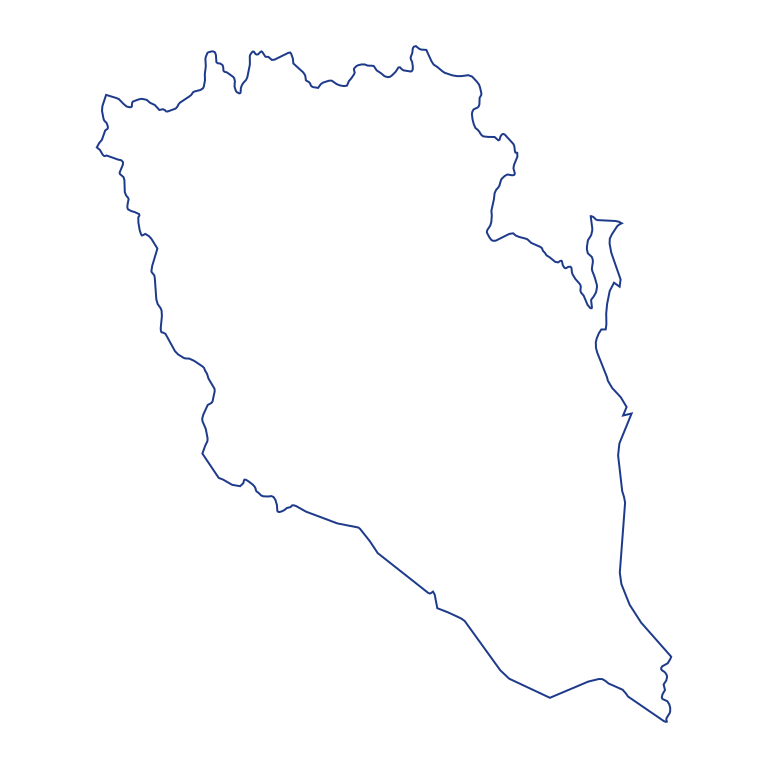 Pahang, Natural Earth projection
{"feature_id": "MYS-1147", "entity_name": "Pahang", "entity_type": "State", "adm_level": 1, "iso_a3": "MYS", "parent_name": "Malaysia", "parent_adm1": "", "projection": "natural_earth1", "projection_center": [102.483, 3.614], "detail": "fine", "context": "isolated", "style": "outline", "palette": "blue", "viewbox_px": 768, "rotation_deg": 0, "n_neighbors": 0, "source": "natural_earth", "source_scale": "10m", "svg_char_len": 5980}
<svg xmlns="http://www.w3.org/2000/svg" viewBox="0 0 768 768"><path d="M621.7,223.3L619.2,224.5L617.2,226.2L612.0,234.1L609.8,238.6L609.6,243.7L611.3,252.8L620.6,279.5L619.6,286.7L614.0,282.7L609.7,291.0L607.1,304.0L606.2,313.5L606.4,324.2L605.7,329.4L601.3,329.5L598.9,333.2L596.8,338.2L595.8,342.2L596.0,348.0L597.3,352.8L607.0,377.2L607.9,380.8L612.2,388.0L620.8,397.3L626.6,407.0L623.1,415.5L631.6,413.5L619.4,443.4L618.1,455.4L622.2,491.1L624.0,496.9L625.1,502.6L619.8,572.7L621.4,584.1L629.6,604.7L641.2,622.7L671.2,656.7L670.4,658.8L667.7,663.3L662.1,666.4L661.2,668.0L661.2,669.2L662.1,670.4L664.2,671.7L665.4,672.9L666.6,674.9L667.1,676.7L666.3,680.4L663.6,684.5L665.0,690.0L662.5,694.3L661.8,697.4L662.2,698.6L662.9,699.2L667.3,701.2L669.3,704.4L670.2,707.8L670.2,711.1L669.7,713.1L666.6,718.0L666.3,719.3L666.8,721.6L665.8,721.9L663.7,721.0L628.0,696.5L626.0,693.6L622.7,689.8L608.6,683.5L605.4,680.9L602.3,679.1L598.9,679.0L588.2,681.6L549.9,697.8L509.2,678.7L500.3,670.3L464.7,621.0L461.2,618.5L448.1,612.4L437.3,608.2L434.7,594.6L433.0,591.6L430.5,593.4L429.7,593.5L428.2,592.9L377.7,553.1L369.9,541.3L360.0,528.8L358.3,527.5L337.3,523.4L306.1,511.7L296.0,506.0L293.7,505.3L292.2,505.3L290.5,507.1L286.9,508.0L284.3,510.1L281.9,511.3L279.6,512.0L278.4,511.9L277.6,511.4L277.3,510.5L276.9,504.9L275.4,499.9L273.5,497.0L271.4,496.1L268.1,496.5L263.4,496.3L261.2,495.5L258.6,492.9L256.5,491.4L255.7,489.7L255.6,488.6L254.7,486.8L253.0,484.8L248.3,481.2L246.1,479.9L244.6,479.6L244.0,480.3L243.3,483.2L240.1,486.2L232.1,484.8L222.9,479.5L218.7,477.9L202.4,453.6L205.2,445.7L207.4,441.2L207.6,438.4L205.8,429.0L202.5,421.2L202.2,419.0L202.6,417.1L203.4,414.4L207.7,405.0L211.5,402.9L212.5,401.5L214.7,391.3L214.5,388.7L208.5,378.6L207.0,373.7L205.1,370.7L204.1,368.0L202.6,366.5L194.1,360.8L189.2,358.6L185.2,358.4L183.9,358.0L178.2,354.5L175.0,351.2L165.5,333.9L163.4,332.7L161.5,332.3L160.9,330.8L160.7,328.3L161.9,316.2L161.6,310.7L160.7,308.3L157.7,304.1L156.3,299.3L154.8,278.1L154.3,275.4L151.7,272.2L151.4,271.0L152.2,265.9L157.4,248.5L151.3,238.7L149.0,236.2L145.3,233.9L142.5,235.4L141.7,235.4L140.8,233.6L139.7,230.2L138.4,222.7L138.3,217.3L139.3,215.8L139.4,215.0L139.1,214.1L134.8,212.1L131.3,211.1L128.1,209.4L127.6,208.4L127.3,206.9L127.7,203.5L128.6,199.3L128.2,198.0L126.1,195.4L124.8,192.1L124.4,180.1L123.5,177.1L119.9,174.0L119.6,172.6L122.9,164.6L123.0,162.7L122.7,161.7L121.1,160.2L118.1,159.6L106.6,155.5L104.9,156.1L103.8,155.8L102.7,154.7L99.9,149.9L96.8,147.4L99.1,143.2L101.9,139.8L105.2,130.5L107.6,128.7L107.9,127.6L107.7,126.0L106.7,123.2L104.2,120.5L103.5,118.7L102.0,110.8L102.4,106.1L106.1,94.9L116.0,97.9L119.0,99.2L123.4,103.8L126.6,106.5L129.5,107.2L131.0,107.2L131.8,106.5L132.1,103.1L132.5,102.1L133.2,101.4L138.7,99.4L141.6,98.8L146.6,99.8L150.1,102.8L154.8,105.0L159.4,110.0L163.0,109.2L165.1,110.3L166.1,111.4L167.6,111.5L175.0,108.8L176.3,108.0L177.8,105.9L178.6,104.2L179.9,102.7L189.5,96.3L191.2,95.0L193.1,92.2L194.7,91.4L200.4,90.0L203.0,88.3L203.8,86.6L205.0,80.2L204.8,74.2L205.8,66.3L205.4,59.0L205.7,57.2L207.3,53.1L208.3,52.3L211.7,51.4L213.2,51.4L214.9,52.3L215.9,54.9L216.4,62.1L217.6,63.2L220.4,63.6L222.5,65.1L223.2,67.0L223.4,70.3L223.8,71.2L224.6,71.8L226.9,72.4L233.1,76.8L234.2,78.2L234.9,81.2L234.5,86.5L235.6,90.2L236.6,92.0L239.2,93.4L240.1,93.2L240.6,92.4L240.9,87.9L241.9,85.2L243.3,82.9L246.0,80.0L247.3,77.3L249.9,64.4L249.8,56.2L250.3,54.6L252.1,52.1L253.1,51.5L253.9,51.7L255.5,54.0L256.4,54.5L258.0,54.4L260.3,52.1L261.6,51.4L262.7,52.5L265.1,56.3L265.7,56.8L268.4,56.9L271.8,59.9L274.4,59.7L288.2,52.9L290.2,52.5L291.2,53.9L292.8,58.3L293.4,63.5L303.0,72.2L304.5,74.2L305.3,75.9L305.9,80.2L306.5,80.8L308.9,82.0L310.0,83.3L311.1,85.9L312.1,86.6L313.0,87.1L318.1,87.9L320.8,84.1L323.1,82.6L328.6,80.8L330.4,80.6L331.8,80.7L336.7,84.1L339.9,85.4L344.0,86.1L347.0,85.6L348.9,81.1L351.2,78.5L354.1,74.2L354.7,72.4L353.9,69.7L354.1,68.5L356.4,66.1L358.5,65.1L361.9,64.4L364.9,64.5L367.7,65.6L372.7,65.8L373.8,66.1L376.7,70.4L381.1,73.3L384.5,76.2L387.9,77.2L390.2,76.7L392.0,75.4L395.8,71.6L398.3,67.6L399.2,67.3L400.1,67.4L401.8,69.3L403.7,70.4L410.7,71.5L411.7,71.2L412.7,69.6L412.8,66.2L412.1,61.9L410.9,59.4L410.6,57.5L412.3,52.9L412.8,48.3L413.9,46.7L415.9,46.1L419.2,48.8L421.3,49.6L426.3,49.9L431.6,61.5L433.7,64.6L437.6,67.2L442.2,71.1L444.7,72.8L452.5,75.4L457.0,76.1L461.3,76.1L468.3,75.2L472.1,76.6L476.7,81.5L479.0,84.5L480.1,87.7L481.3,93.0L481.3,94.9L479.6,97.9L479.4,104.3L478.8,106.2L477.7,107.5L473.6,109.4L472.4,111.6L471.9,113.9L472.5,119.2L473.8,124.3L475.5,128.1L477.5,129.6L479.4,131.8L480.9,134.4L483.0,136.3L487.8,136.9L494.6,137.0L498.3,140.3L499.6,139.7L500.4,136.7L501.3,135.1L502.6,134.1L503.6,134.0L504.9,134.7L513.4,144.0L514.3,146.2L515.0,151.6L515.5,152.6L517.2,152.8L517.4,156.6L514.1,164.7L513.6,167.0L513.5,168.6L514.8,173.2L514.6,174.2L514.0,175.0L512.3,175.3L507.4,174.5L504.7,176.0L502.3,178.2L501.2,179.5L499.4,185.6L498.3,187.5L496.1,189.9L494.6,193.2L493.9,199.4L491.4,210.7L491.8,215.8L491.3,222.0L490.3,225.5L487.2,230.2L486.9,231.5L486.9,232.6L489.4,237.4L491.6,240.2L493.3,240.8L495.7,240.7L509.3,233.9L513.1,233.3L515.7,235.5L519.0,236.9L525.9,238.7L527.5,239.4L531.2,242.9L540.7,247.1L542.0,248.3L543.0,250.9L544.8,252.7L546.6,255.4L549.5,257.2L555.3,261.9L558.1,262.4L559.8,261.2L561.2,260.7L561.9,261.2L562.9,265.5L564.5,267.8L565.4,268.2L566.2,268.1L568.2,266.9L570.2,266.7L571.0,267.2L571.5,268.1L571.9,272.2L572.6,274.4L575.4,279.0L579.4,283.5L580.4,285.0L580.8,286.9L580.4,290.1L580.9,292.4L583.7,295.7L587.5,304.8L590.2,308.0L591.1,308.3L591.8,308.0L591.9,306.9L591.1,300.5L591.3,299.5L593.4,296.9L595.7,293.0L596.3,291.1L597.0,286.9L596.8,284.6L594.6,276.9L592.1,270.5L591.9,268.4L592.9,261.7L592.7,259.4L591.7,256.8L587.8,253.3L586.9,249.3L586.9,247.0L587.9,240.3L591.2,235.1L592.2,230.8L592.3,228.5L590.7,216.2L591.2,216.1L593.4,217.0L595.8,219.4L597.4,220.1L615.6,221.0L619.0,221.8L621.7,223.3Z" fill="none" stroke="#1e3a8a" stroke-width="2"/></svg>